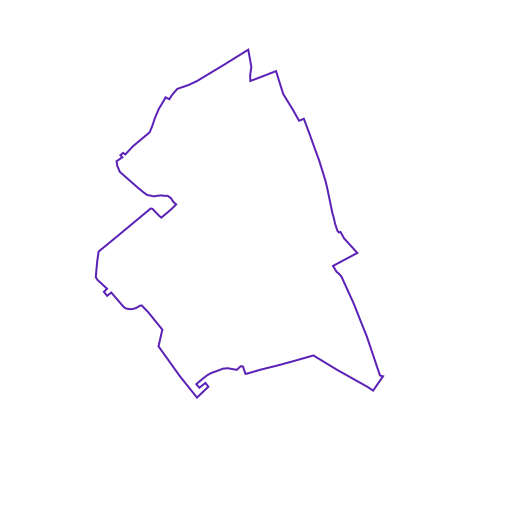 Muski, Al Qahirah, Egypt (Albers equal-area conic projection), rotated 318°
{"feature_id": "37247803B88500614059504", "entity_name": "Muski", "entity_type": "district", "adm_level": 2, "iso_a3": "EGY", "parent_name": "Egypt", "parent_adm1": "Al Qahirah", "projection": "albers", "projection_center": [31.252, 30.05], "detail": "fine", "context": "isolated", "style": "outline", "palette": "violet", "viewbox_px": 512, "rotation_deg": 318, "n_neighbors": 0, "source": "geoboundaries", "source_scale": "gbopen_adm2", "svg_char_len": 2152}
<svg xmlns="http://www.w3.org/2000/svg" viewBox="0 0 512 512"><g transform="rotate(318 256 256)"><path d="M253.0,434.4L269.9,430.4L269.0,429.0L268.2,427.7L284.7,389.5L289.9,375.2L296.5,357.6L305.7,328.6L305.8,325.1L305.7,324.3L305.3,321.5L306.6,314.9L333.3,321.5L333.3,307.7L333.3,304.8L333.2,301.9L333.5,300.7L334.9,294.7L333.9,294.2L333.3,293.9L333.5,291.4L336.6,284.5L337.8,282.3L339.1,280.2L341.5,275.2L354.3,253.3L357.8,246.9L366.8,227.4L372.0,214.4L374.7,207.9L375.6,205.6L376.6,203.3L383.4,186.0L380.9,185.2L378.5,184.3L381.3,171.9L384.6,153.9L394.6,132.0L374.6,124.4L368.9,122.1L372.5,117.9L379.2,112.2L388.3,97.5L365.5,93.4L364.2,93.2L362.9,93.0L337.6,88.1L329.6,86.6L320.3,83.8L309.3,79.1L301.0,80.2L296.5,81.5L295.7,79.6L295.0,77.6L291.0,79.0L282.3,81.6L273.1,85.9L265.5,90.2L262.9,91.4L261.1,92.3L259.6,92.9L238.1,92.1L226.8,93.1L226.5,91.8L226.2,90.4L222.7,90.4L222.7,92.2L222.7,93.2L219.6,92.8L215.8,92.3L214.8,93.8L213.3,96.0L211.1,102.4L214.0,127.2L214.6,130.5L214.6,130.9L215.0,133.5L216.0,138.0L216.9,139.1L217.8,140.2L220.0,143.4L223.0,145.2L225.0,146.7L226.6,148.0L228.0,149.9L230.6,152.1L231.5,156.2L231.1,158.4L231.0,159.1L230.8,160.9L231.2,164.2L226.1,164.5L223.1,164.5L220.2,164.5L211.3,164.1L211.1,162.6L210.9,161.2L210.6,151.7L209.5,150.2L206.1,150.1L166.0,148.5L144.5,147.5L143.2,147.5L142.0,147.4L134.2,153.9L122.8,164.5L122.5,166.1L122.2,167.7L123.4,180.7L120.3,180.8L119.0,180.8L118.8,184.5L118.7,186.0L120.1,186.1L124.0,186.3L123.6,203.6L123.6,204.7L123.7,206.3L124.4,208.3L126.9,211.3L128.2,212.4L130.2,213.5L132.0,214.4L136.8,215.4L138.0,216.4L138.1,220.7L138.3,225.2L137.1,248.2L136.4,248.6L135.6,249.1L123.1,257.9L119.0,294.3L117.4,321.7L133.1,321.3L133.5,316.5L130.4,316.3L125.8,316.0L125.9,311.3L132.8,311.5L140.1,312.0L142.3,312.5L144.4,313.0L148.8,314.8L156.2,317.7L158.0,319.1L159.9,320.5L163.7,325.4L164.6,326.5L165.5,327.7L168.8,327.7L170.9,327.7L171.6,328.5L172.3,329.3L171.2,332.1L169.3,336.6L170.6,337.3L171.8,338.0L183.3,343.5L197.3,351.0L210.9,357.9L217.2,361.0L232.2,368.4L232.7,370.1L233.1,371.7L240.1,394.9L251.3,427.9L252.1,431.1L253.0,434.4Z" fill="none" stroke="#5b21b6" stroke-width="2"/></g></svg>